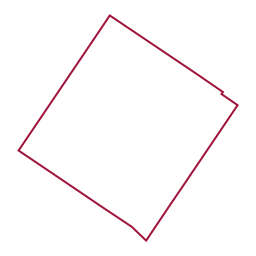 Franklin, Kansas, United States of America (Robinson projection), rotated 124°
{"feature_id": "52423323B79202191155871", "entity_name": "Franklin", "entity_type": "district", "adm_level": 2, "iso_a3": "USA", "parent_name": "United States of America", "parent_adm1": "Kansas", "projection": "robinson", "projection_center": [-95.306, 38.564], "detail": "fine", "context": "isolated", "style": "outline", "palette": "rose", "viewbox_px": 256, "rotation_deg": 124, "n_neighbors": 0, "source": "geoboundaries", "source_scale": "gbopen_adm2", "svg_char_len": 342}
<svg xmlns="http://www.w3.org/2000/svg" viewBox="0 0 256 256"><g transform="rotate(124 128 128)"><path d="M44.9,206.0L99.4,206.0L207.9,206.1L207.9,149.4L208.0,108.4L207.8,69.6L211.2,50.0L170.3,50.1L143.1,50.0L134.1,50.0L47.8,49.9L47.6,69.4L45.1,69.4L44.8,101.7L44.9,186.4L44.9,206.0Z" fill="none" stroke="#9f1239" stroke-width="2"/></g></svg>